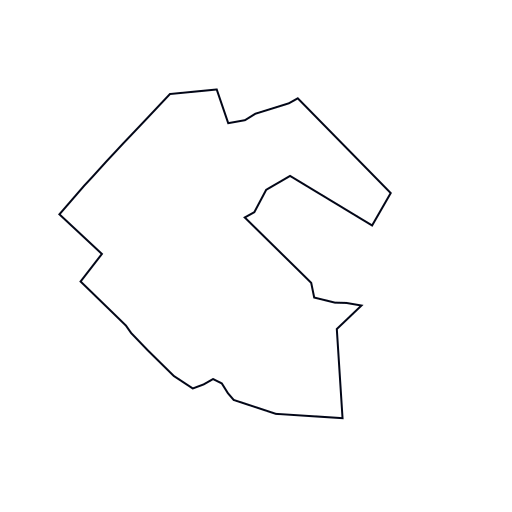 Poço das Antas, Rio Grande do Sul, Brazil (Natural Earth projection), rotated 43°
{"feature_id": "56859067B25116019813755", "entity_name": "Poço das Antas", "entity_type": "district", "adm_level": 2, "iso_a3": "BRA", "parent_name": "Brazil", "parent_adm1": "Rio Grande do Sul", "projection": "natural_earth1", "projection_center": [-51.638, -29.441], "detail": "fine", "context": "isolated", "style": "outline", "palette": "ink", "viewbox_px": 512, "rotation_deg": 43, "n_neighbors": 0, "source": "geoboundaries", "source_scale": "gbopen_adm2", "svg_char_len": 662}
<svg xmlns="http://www.w3.org/2000/svg" viewBox="0 0 512 512"><g transform="rotate(43 256 256)"><path d="M311.6,118.1L179.0,112.2L175.9,121.9L158.5,152.4L155.3,164.2L145.1,177.8L113.7,161.0L82.6,196.2L82.4,234.2L82.1,264.0L82.1,289.2L82.4,309.7L82.4,321.6L83.8,359.6L141.9,359.6L145.1,394.3L175.9,394.9L208.4,395.6L217.3,397.5L241.0,398.8L277.7,399.8L300.1,396.0L305.3,385.6L308.5,375.3L317.9,372.5L329.0,375.5L337.9,376.5L378.2,357.9L429.9,315.6L364.9,254.3L366.9,220.3L354.1,228.7L345.5,236.3L326.9,246.7L314.7,238.0L301.0,237.6L221.5,235.5L224.9,225.1L218.3,200.6L226.3,174.2L320.1,154.5L311.6,118.1Z" fill="none" stroke="#020617" stroke-width="2"/></g></svg>